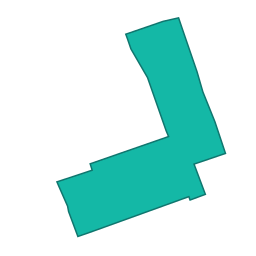 Iron, Missouri, United States of America, rotated 70°
{"feature_id": "52423323B85485871485151", "entity_name": "Iron", "entity_type": "district", "adm_level": 2, "iso_a3": "USA", "parent_name": "United States of America", "parent_adm1": "Missouri", "projection": "albers", "projection_center": [-90.823, 37.505], "detail": "fine", "context": "isolated", "style": "filled", "palette": "teal", "viewbox_px": 256, "rotation_deg": 70, "n_neighbors": 0, "source": "geoboundaries", "source_scale": "gbopen_adm2", "svg_char_len": 455}
<svg xmlns="http://www.w3.org/2000/svg" viewBox="0 0 256 256"><g transform="rotate(70 128 128)"><path d="M39.8,58.5L39.1,98.0L44.4,98.0L54.7,98.2L87.3,92.4L143.5,93.1L149.9,92.8L148.7,175.8L155.4,176.1L154.3,213.2L159.5,212.9L180.8,211.5L186.2,212.4L212.8,212.2L213.0,195.9L213.3,94.3L216.9,94.3L216.8,78.0L184.5,78.3L185.2,45.1L151.8,44.2L119.7,45.3L98.8,43.9L55.1,43.1L41.8,42.8L39.8,58.5Z" fill="#14b8a6" stroke="#0f766e" stroke-width="1.5"/></g></svg>